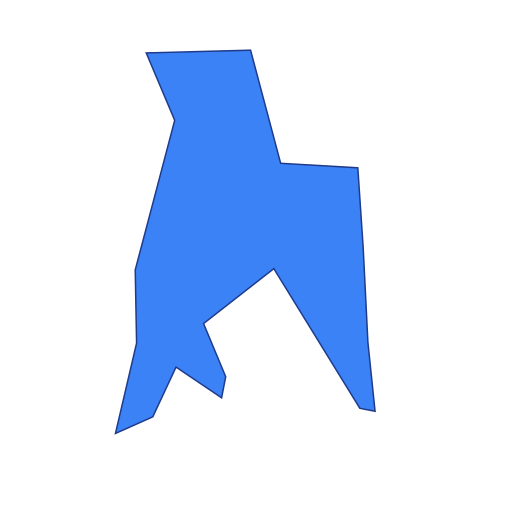 outline of Kowloon City, rotated 11°
{"feature_id": "HKG-5158", "entity_name": "Kowloon City", "entity_type": "state/province", "adm_level": 1, "iso_a3": "HKG", "parent_name": "Hong Kong S.A.R.", "parent_adm1": "", "projection": "albers", "projection_center": [114.191, 22.32], "detail": "fine", "context": "isolated", "style": "filled", "palette": "blue", "viewbox_px": 512, "rotation_deg": 11, "n_neighbors": 0, "source": "natural_earth", "source_scale": "10m", "svg_char_len": 408}
<svg xmlns="http://www.w3.org/2000/svg" viewBox="0 0 512 512"><g transform="rotate(11 256 256)"><path d="M382.3,319.3L402.5,385.7L387.0,385.7L275.9,265.0L217.4,332.3L249.3,380.3L249.3,401.8L198.7,380.3L185.4,433.5L151.9,457.0L155.4,364.3L140.1,292.7L144.2,231.1L150.3,138.3L109.5,77.6L211.4,55.0L262.5,160.3L339.1,150.0L359.4,226.5L382.3,319.3Z" fill="#3b82f6" stroke="#1e3a8a" stroke-width="1.5"/></g></svg>